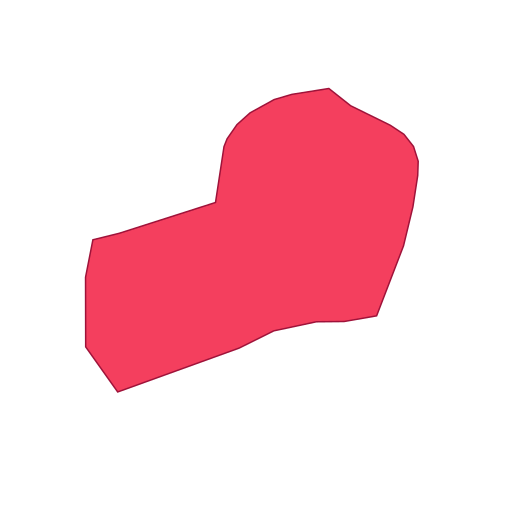 outline of Orhon, rotated 324°
{"feature_id": "MNG-3324", "entity_name": "Orhon", "entity_type": "Municipality", "adm_level": 1, "iso_a3": "MNG", "parent_name": "Mongolia", "parent_adm1": "", "projection": "albers", "projection_center": [104.363, 49.015], "detail": "fine", "context": "isolated", "style": "filled", "palette": "rose", "viewbox_px": 512, "rotation_deg": 324, "n_neighbors": 0, "source": "natural_earth", "source_scale": "10m", "svg_char_len": 493}
<svg xmlns="http://www.w3.org/2000/svg" viewBox="0 0 512 512"><g transform="rotate(324 256 256)"><path d="M413.4,163.3L420.9,190.1L441.5,229.2L447.2,244.5L447.8,260.0L442.9,274.7L434.1,286.0L411.8,308.5L381.3,334.5L318.4,375.3L288.8,360.8L266.2,344.7L226.4,327.0L188.3,320.6L64.2,284.7L64.8,229.4L105.6,173.0L133.6,147.0L158.6,157.2L254.7,188.9L294.4,148.7L301.5,144.2L317.9,138.5L335.4,136.7L362.6,140.1L380.0,146.3L413.4,163.3Z" fill="#f43f5e" stroke="#9f1239" stroke-width="1.5"/></g></svg>